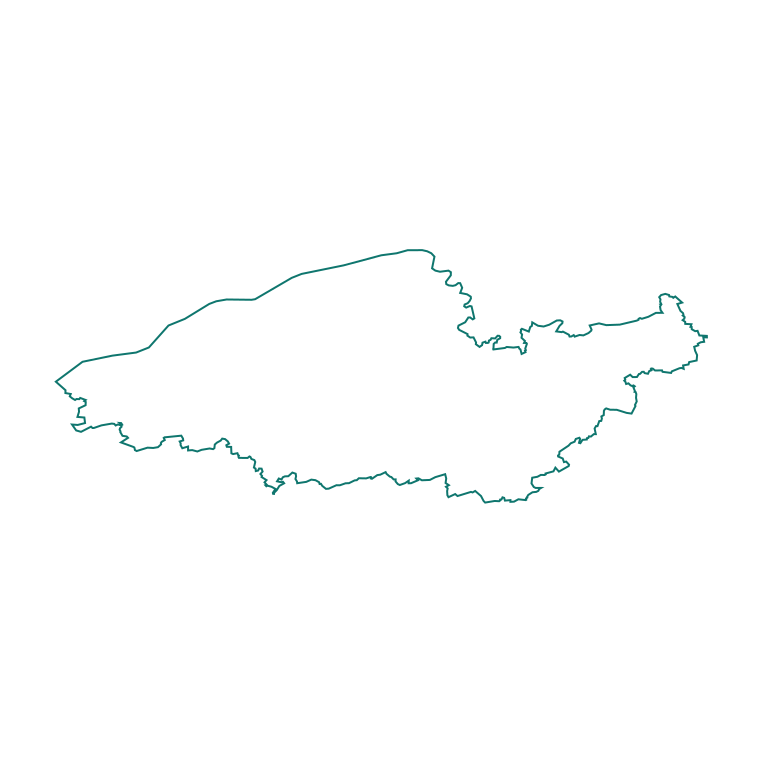 the district of Adare-Rathkeale Lea-6, Limerick, Ireland, rotated 354°
{"feature_id": "5873133B54360294204800", "entity_name": "Adare-Rathkeale Lea-6", "entity_type": "district", "adm_level": 2, "iso_a3": "IRL", "parent_name": "Ireland", "parent_adm1": "Limerick", "projection": "equal_earth", "projection_center": [-8.823, 52.558], "detail": "fine", "context": "isolated", "style": "outline", "palette": "teal", "viewbox_px": 768, "rotation_deg": 354, "n_neighbors": 0, "source": "geoboundaries", "source_scale": "gbopen_adm2", "svg_char_len": 6137}
<svg xmlns="http://www.w3.org/2000/svg" viewBox="0 0 768 768"><g transform="rotate(354 384 384)"><path d="M57.9,347.4L66.6,356.9L66.2,359.7L71.4,361.2L70.2,363.4L72.5,365.7L75.1,367.6L76.6,366.8L79.4,367.2L80.4,366.1L85.6,368.7L84.1,369.7L85.5,370.7L85.0,373.9L77.9,376.4L77.8,379.7L75.7,384.7L82.5,386.0L82.6,391.6L75.1,392.7L69.5,391.7L73.0,398.0L77.7,399.9L88.2,395.8L89.5,397.3L90.9,397.4L98.7,395.6L109.2,394.9L111.6,395.5L112.8,397.2L115.2,396.4L117.0,397.2L117.7,396.5L117.1,396.3L118.2,395.9L117.4,395.2L118.5,395.4L119.4,397.2L118.3,397.8L118.5,399.1L116.8,400.4L116.3,401.8L117.0,403.5L116.7,404.2L118.5,408.2L122.7,409.3L123.8,410.8L116.3,414.6L128.4,420.5L129.1,421.1L129.4,423.7L131.0,424.8L142.2,422.6L147.8,423.5L152.6,423.2L156.0,420.7L155.9,419.4L156.8,418.3L160.1,416.8L159.3,414.6L160.2,414.1L177.0,414.2L178.4,417.3L178.4,419.1L174.8,419.8L175.6,421.8L175.3,423.5L176.7,426.8L182.6,425.7L182.2,429.6L186.4,429.7L191.3,431.6L195.7,430.4L203.8,429.9L207.2,430.9L208.6,430.1L209.4,426.5L211.8,424.8L215.7,423.2L217.4,421.4L220.2,422.2L222.7,424.8L223.7,427.1L220.8,428.4L221.1,430.0L225.4,430.6L225.0,437.0L226.6,437.9L231.0,437.5L231.5,439.5L232.2,440.0L231.6,441.2L232.0,442.3L240.6,443.3L242.6,442.0L243.5,442.5L244.3,444.7L247.1,446.1L247.8,448.1L245.9,453.5L247.4,454.7L247.4,457.2L249.8,456.9L251.0,455.0L253.4,455.4L254.1,458.4L251.7,460.6L253.1,462.6L252.5,463.7L257.1,467.3L254.9,469.3L257.0,472.1L255.5,472.3L256.3,473.4L257.4,472.9L261.3,474.4L265.1,477.0L262.1,480.6L262.2,481.6L263.1,481.8L263.4,480.6L266.2,478.4L269.3,474.4L274.3,472.3L273.3,470.7L271.4,470.9L267.5,469.6L269.5,467.0L272.1,468.3L273.6,466.2L275.7,465.5L279.2,465.7L283.6,462.5L286.8,464.0L286.9,466.6L286.0,469.2L287.3,471.9L287.3,473.6L296.5,473.2L301.7,471.5L305.8,472.5L309.2,474.9L309.5,476.7L310.9,476.7L311.9,478.8L315.3,482.2L318.1,482.3L326.1,479.7L329.5,480.1L335.5,478.7L338.7,479.0L344.7,476.8L346.9,476.8L349.1,475.1L356.4,476.0L360.9,475.1L361.4,475.3L361.1,476.6L362.1,477.0L367.8,473.9L370.8,473.8L376.4,471.8L377.1,473.6L380.1,476.7L381.6,477.3L383.6,479.9L385.6,480.1L385.3,482.1L387.3,485.0L389.2,486.1L394.6,484.8L398.5,482.7L398.1,485.3L400.5,485.5L407.7,483.3L406.3,481.4L408.4,481.4L411.6,483.7L419.6,484.2L425.3,482.0L435.4,480.1L436.0,484.5L434.9,488.9L437.9,491.4L434.9,492.7L436.4,494.5L435.6,497.0L435.4,501.2L436.3,503.3L443.3,500.9L445.4,503.1L459.2,500.4L460.8,501.1L463.5,499.9L468.8,505.6L470.8,510.7L472.2,512.5L481.8,511.9L486.3,512.6L487.7,511.7L487.5,511.1L488.9,510.9L490.0,509.1L491.6,509.8L492.1,512.6L497.6,512.7L497.4,514.4L501.0,514.6L505.6,512.7L512.9,514.3L513.4,514.0L513.2,512.8L514.4,512.1L514.1,511.8L515.9,509.4L520.3,507.2L524.2,507.2L526.3,506.4L527.4,504.7L529.3,503.8L523.9,503.2L522.2,502.1L520.3,498.3L521.6,492.7L526.9,492.3L530.5,490.8L534.2,491.3L535.4,490.8L535.3,489.9L543.4,488.6L545.7,485.1L548.8,489.4L559.1,484.9L559.6,483.6L557.1,480.2L554.8,480.5L554.0,476.8L549.6,474.3L549.6,473.3L550.9,472.6L551.4,469.7L561.1,464.6L563.5,462.5L567.5,461.3L569.0,458.7L572.7,457.9L573.3,459.1L571.8,462.9L573.1,463.4L575.6,460.3L579.9,460.4L580.2,459.1L581.6,459.0L582.3,457.5L584.3,457.9L587.4,455.8L589.4,456.0L588.8,450.3L590.5,448.0L591.9,448.2L594.2,443.4L596.2,443.4L597.1,441.1L596.8,439.0L599.3,437.9L599.9,433.7L600.8,432.4L602.4,431.5L606.2,433.2L612.8,434.0L622.3,438.1L627.1,439.3L631.8,432.2L631.4,431.1L633.5,427.8L633.2,424.1L633.9,420.4L633.4,418.3L632.4,418.0L632.8,417.3L631.7,413.4L633.1,412.5L632.0,411.5L630.5,411.9L629.0,411.1L627.2,408.9L624.8,409.3L624.3,407.0L623.3,405.8L624.4,405.0L624.0,403.2L629.8,400.5L632.0,403.1L636.3,403.5L638.6,400.7L639.7,400.7L641.9,398.9L643.6,399.0L644.3,400.4L647.6,401.4L649.1,398.9L651.4,398.3L650.9,397.0L651.4,396.5L652.9,396.8L655.0,398.9L661.9,399.5L662.3,401.0L670.7,403.0L671.6,401.5L679.5,399.2L681.5,399.1L683.6,400.2L683.4,396.8L688.9,396.4L689.8,394.1L697.4,393.3L698.4,388.0L696.9,383.5L696.4,379.4L700.6,378.4L700.3,376.8L703.4,375.6L706.8,375.5L706.4,370.9L710.0,371.4L710.1,369.9L702.7,368.7L701.4,363.9L699.0,364.0L695.8,361.7L695.9,359.4L694.8,359.2L696.0,356.7L689.9,355.7L690.0,353.6L687.7,351.7L689.5,350.4L690.0,348.9L688.4,347.2L689.1,346.9L688.8,344.8L686.5,342.3L684.1,335.1L689.0,334.2L682.8,327.4L680.7,328.5L680.2,327.6L676.9,326.7L676.8,325.3L673.2,323.8L668.9,324.5L666.8,326.4L667.8,328.7L667.2,331.1L668.1,333.5L667.2,333.7L667.7,334.4L666.6,335.8L666.8,339.4L668.4,342.3L661.8,341.7L653.9,344.8L647.3,346.1L645.5,345.2L644.0,345.8L643.8,346.8L641.9,347.4L624.7,349.6L611.3,348.7L604.2,346.2L594.7,347.3L596.1,351.6L595.7,352.6L592.7,354.7L587.4,356.5L583.6,355.7L578.6,356.8L577.8,355.2L575.3,356.3L573.5,356.2L573.0,354.3L567.4,350.6L566.2,351.0L560.8,349.7L564.7,344.5L567.7,342.2L568.1,340.5L566.0,339.1L562.5,338.9L554.6,342.3L548.8,343.5L543.3,342.2L537.9,338.2L537.1,341.7L535.4,342.6L533.5,347.0L526.9,343.5L525.8,344.3L525.9,345.6L525.1,346.9L526.5,349.2L525.6,352.4L528.7,356.0L527.6,357.8L529.9,358.1L530.3,359.0L528.2,363.5L528.6,365.1L527.7,365.5L528.1,367.1L524.0,368.5L523.3,363.9L522.3,363.0L521.7,361.2L516.6,361.3L509.9,360.0L508.0,360.8L495.6,361.1L496.5,360.6L497.3,355.6L499.0,354.3L500.4,354.6L501.3,351.9L504.3,350.6L504.5,349.2L503.5,348.1L502.0,347.9L499.3,350.3L495.6,349.7L494.6,351.2L492.9,351.8L492.4,353.7L491.6,354.0L489.6,353.8L489.3,352.5L486.3,353.2L485.6,355.6L482.9,357.1L479.5,354.0L479.9,352.3L477.9,347.0L474.6,346.8L472.0,344.6L472.3,343.1L464.4,338.0L463.4,336.0L464.2,333.7L471.2,331.1L474.8,326.7L476.6,326.8L479.0,329.0L480.7,328.2L479.2,316.0L477.6,315.4L473.7,316.6L471.9,315.1L472.5,313.4L475.7,312.4L477.8,310.4L479.4,308.0L479.4,306.2L476.0,303.5L469.3,301.4L471.8,296.5L470.3,291.7L468.4,291.4L465.5,293.2L462.7,293.6L458.7,292.7L456.4,291.2L456.3,288.8L461.8,282.9L462.2,279.8L460.0,278.0L451.4,278.2L446.9,276.6L443.9,274.0L447.5,262.6L444.7,258.9L440.8,256.5L436.1,254.9L421.6,253.4L410.3,255.3L394.8,255.7L356.2,261.8L313.6,265.9L303.3,268.8L264.7,286.2L261.1,286.4L236.3,283.5L225.8,284.2L218.6,286.1L192.8,298.4L175.8,303.3L154.0,323.1L140.8,326.8L116.8,327.4L86.5,330.4L57.9,347.4Z" fill="none" stroke="#0f766e" stroke-width="2"/></g></svg>